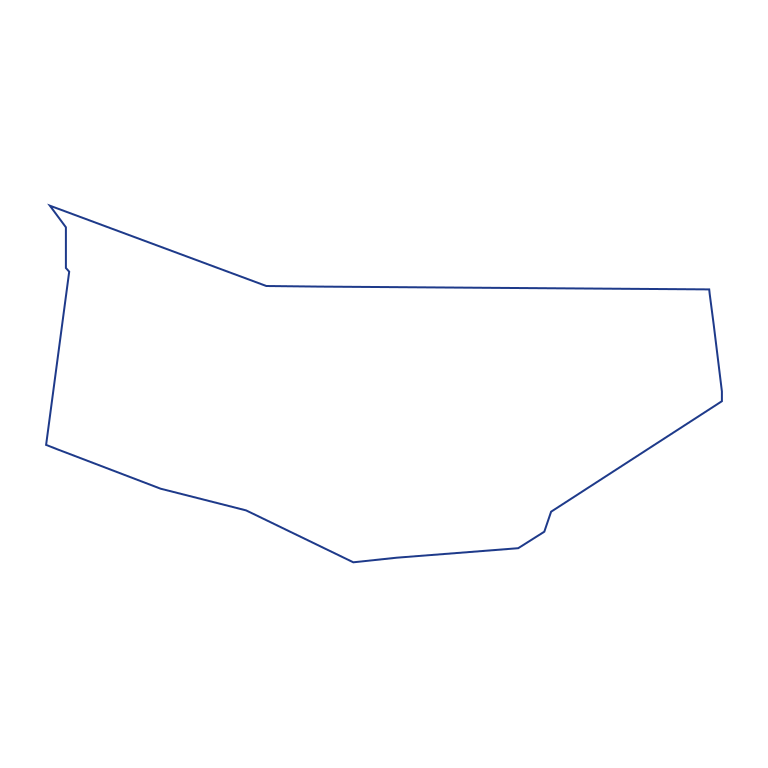 outline of Montgomery, New York, United States of America
{"feature_id": "52423323B77336622441555", "entity_name": "Montgomery", "entity_type": "district", "adm_level": 2, "iso_a3": "USA", "parent_name": "United States of America", "parent_adm1": "New York", "projection": "equal_earth", "projection_center": [-74.427, 42.91], "detail": "fine", "context": "isolated", "style": "outline", "palette": "blue", "viewbox_px": 768, "rotation_deg": 0, "n_neighbors": 0, "source": "geoboundaries", "source_scale": "gbopen_adm2", "svg_char_len": 373}
<svg xmlns="http://www.w3.org/2000/svg" viewBox="0 0 768 768"><path d="M713.7,324.6L709.7,294.0L709.2,289.4L319.6,286.6L266.3,286.0L49.9,205.7L65.9,227.3L65.9,268.0L69.2,271.7L46.1,444.9L58.1,449.6L160.6,488.7L246.1,510.4L353.3,562.3L396.7,557.7L518.2,548.2L544.3,531.7L551.1,511.7L721.9,401.2L721.9,391.4L713.7,324.6Z" fill="none" stroke="#1e3a8a" stroke-width="2"/></svg>